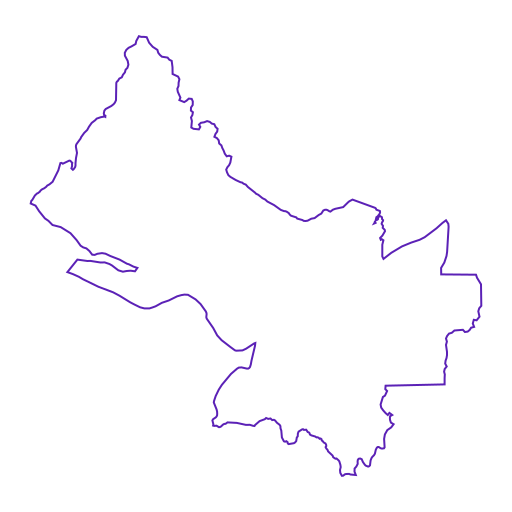 outline of Itacoatiara, Amazonas, Brazil
{"feature_id": "56859067B59595183491019", "entity_name": "Itacoatiara", "entity_type": "district", "adm_level": 2, "iso_a3": "BRA", "parent_name": "Brazil", "parent_adm1": "Amazonas", "projection": "robinson", "projection_center": [-58.817, -3.136], "detail": "fine", "context": "isolated", "style": "outline", "palette": "violet", "viewbox_px": 512, "rotation_deg": 0, "n_neighbors": 0, "source": "geoboundaries", "source_scale": "gbopen_adm2", "svg_char_len": 6021}
<svg xmlns="http://www.w3.org/2000/svg" viewBox="0 0 512 512"><path d="M213.8,402.5L216.6,409.5L217.1,411.6L217.2,413.8L217.1,415.3L216.6,416.4L215.9,417.3L213.1,419.2L212.4,420.4L213.4,424.4L213.1,425.6L214.2,425.9L216.5,425.7L219.0,427.2L220.0,427.0L221.0,426.5L223.0,424.6L224.3,423.9L225.6,423.8L227.5,422.4L236.8,422.9L246.0,424.9L249.8,424.8L253.0,425.8L254.5,426.0L255.1,425.0L259.6,421.1L264.8,419.2L266.1,418.0L268.2,418.9L270.5,418.5L272.2,420.1L273.9,419.8L275.1,420.5L276.9,422.7L279.6,424.8L280.4,426.1L280.5,428.3L281.3,430.6L281.9,437.5L283.9,441.3L285.1,441.7L286.4,441.2L287.6,442.2L287.8,443.5L288.7,444.1L293.9,443.2L295.0,442.5L296.2,441.1L296.8,437.5L297.7,436.4L297.9,433.4L298.6,431.6L302.1,429.4L303.0,429.2L303.9,429.9L306.2,429.7L307.7,432.0L309.0,432.5L309.6,433.3L309.9,434.5L311.4,435.4L315.2,436.5L316.5,437.4L317.6,437.3L318.7,437.8L319.6,438.8L320.6,438.5L321.5,439.2L321.8,440.5L322.9,441.3L323.6,442.4L325.4,443.4L326.1,444.6L326.3,446.0L325.6,447.1L326.3,448.5L327.5,449.8L328.1,451.4L332.6,455.6L333.2,457.2L335.4,458.7L336.5,458.5L338.5,460.3L339.3,461.3L340.4,464.9L340.7,467.1L340.0,470.0L340.3,472.9L341.9,475.8L343.1,475.7L345.1,474.2L346.4,474.0L349.0,473.9L350.5,474.5L355.8,475.0L354.5,471.6L354.6,468.5L356.3,466.6L357.7,463.9L357.6,461.4L357.8,460.0L358.6,458.8L360.1,458.5L361.7,459.2L362.9,462.0L364.8,464.7L365.7,465.6L368.1,466.6L369.2,466.2L370.0,465.3L370.6,460.4L371.5,458.1L372.3,456.9L374.0,455.2L374.9,453.7L375.8,449.7L376.9,447.6L377.8,447.0L378.7,447.0L380.8,448.3L382.0,448.6L384.0,448.3L384.6,447.3L384.1,438.9L384.9,434.4L387.3,430.1L391.2,427.4L393.6,424.2L390.9,422.6L390.0,419.8L389.9,417.8L390.1,416.2L392.2,415.0L389.4,412.9L387.8,415.0L385.7,413.2L383.2,410.4L381.2,407.6L380.6,404.5L382.9,397.0L385.0,395.6L387.1,391.0L385.3,389.1L385.6,385.7L444.6,384.4L444.6,378.1L444.8,374.4L444.1,371.7L444.7,369.0L446.7,366.5L445.2,363.6L445.6,360.6L446.5,358.1L447.0,355.2L447.0,351.9L446.0,344.9L446.9,341.6L446.0,338.5L447.1,336.0L449.0,333.6L451.8,332.8L454.4,330.5L462.9,329.8L464.9,332.0L467.7,331.6L469.7,329.9L471.1,327.7L474.1,326.9L472.8,323.5L473.8,319.8L476.6,320.3L479.5,316.7L478.3,311.3L479.2,308.3L481.3,305.8L481.0,284.3L477.0,277.7L476.0,274.7L441.2,274.4L441.1,267.9L444.3,262.6L446.5,256.0L447.1,252.0L448.6,226.8L448.3,223.8L446.0,220.3L442.4,223.0L436.5,228.3L424.7,237.2L419.6,239.8L411.2,242.6L402.0,246.4L391.3,252.8L383.5,258.9L382.3,256.4L382.3,244.7L383.4,240.3L381.8,239.2L380.8,239.8L380.1,238.0L382.4,235.6L385.0,231.2L384.7,229.8L382.7,227.8L383.0,225.9L381.6,223.8L382.1,222.2L382.8,221.4L383.1,220.2L382.1,219.2L381.9,217.2L379.7,215.8L378.2,217.6L377.9,219.3L376.8,220.0L375.7,220.2L376.4,217.2L377.6,216.4L379.7,213.7L380.1,212.2L379.9,211.0L376.4,209.7L375.8,208.4L375.0,207.8L352.5,199.6L349.3,201.3L348.2,202.2L343.2,207.1L335.3,208.8L332.9,209.7L330.4,211.6L329.4,211.3L327.5,210.1L326.2,209.7L324.9,209.8L323.3,210.5L321.3,213.6L318.7,215.0L314.6,218.1L311.3,218.7L307.6,220.7L305.6,221.0L303.8,220.9L302.3,220.0L297.2,218.6L296.3,217.4L291.0,215.7L289.7,214.5L288.8,213.1L286.7,211.7L285.4,211.2L284.0,211.1L280.8,209.9L274.1,205.1L267.3,201.5L265.3,199.6L262.5,198.2L258.3,194.8L256.0,193.7L255.1,192.7L247.9,187.0L245.8,184.6L243.5,183.7L242.2,182.6L240.4,182.2L235.7,180.0L230.4,176.9L228.4,175.2L227.0,172.3L226.2,169.6L227.4,167.2L229.1,165.2L230.3,162.6L231.4,156.7L229.2,155.7L226.7,156.3L224.8,153.7L223.6,150.5L222.3,148.0L221.4,145.4L219.2,143.5L218.7,140.3L216.9,138.1L214.4,136.8L215.5,133.9L217.2,131.6L217.6,128.8L215.6,127.0L214.3,124.2L211.8,123.6L209.8,121.9L207.1,121.1L204.1,122.3L200.9,122.8L199.0,124.6L200.3,126.9L198.9,129.4L193.5,128.8L191.3,127.5L191.9,121.0L191.0,117.5L192.4,115.0L192.9,112.2L190.9,110.6L191.0,107.5L192.7,105.0L192.8,101.4L191.7,98.9L188.8,98.6L186.5,100.7L184.2,102.1L179.4,100.1L180.4,97.6L177.8,91.8L177.3,88.8L178.5,86.0L178.6,82.7L179.4,79.2L178.1,76.6L172.6,74.0L172.5,67.2L171.7,60.9L169.3,59.7L167.6,57.6L161.9,56.7L159.8,54.8L158.2,52.7L157.4,49.9L152.7,46.8L149.1,42.7L146.7,37.2L144.2,36.9L141.3,36.9L138.9,36.2L136.3,40.9L135.6,44.0L131.3,46.5L128.6,47.8L126.3,49.9L124.8,52.8L124.9,55.7L127.7,60.9L128.4,64.7L127.4,67.9L125.6,69.7L124.9,72.4L123.0,74.7L121.8,77.3L119.3,78.6L117.7,81.1L116.9,81.6L116.3,82.9L116.0,100.2L114.9,102.6L113.6,104.2L111.3,106.0L105.7,109.0L104.4,110.6L103.8,113.3L104.1,114.9L105.4,115.7L105.3,116.9L104.5,116.5L100.8,117.2L96.7,118.6L95.2,120.2L91.7,122.9L89.0,126.7L87.2,130.0L84.2,132.9L81.1,137.2L80.6,138.5L76.5,144.1L76.0,145.3L75.9,146.8L77.0,152.9L76.0,158.0L75.5,163.2L75.5,165.6L75.2,166.9L73.9,168.9L72.9,169.8L71.4,168.4L72.1,166.1L72.0,163.9L72.3,162.9L70.3,160.8L69.3,160.6L62.8,163.7L61.6,162.9L60.4,163.1L58.3,170.4L52.6,181.8L49.4,184.4L47.2,185.6L46.2,186.8L44.2,188.3L42.1,189.3L40.5,190.6L39.9,191.6L38.0,193.1L37.0,193.5L34.9,195.5L32.3,199.9L31.3,200.9L30.7,203.5L35.5,205.6L39.1,211.2L44.9,218.4L48.5,220.9L52.5,225.0L60.7,227.1L70.5,233.2L76.6,240.1L80.6,245.7L83.2,247.4L86.4,248.4L89.4,251.0L92.2,254.7L94.7,254.9L97.3,253.8L102.0,253.1L105.5,253.7L110.3,256.0L119.6,259.6L126.9,263.7L128.9,264.3L133.4,266.6L137.4,267.9L135.0,271.3L130.6,270.7L126.7,271.0L122.9,271.7L118.3,270.3L111.9,265.4L109.4,264.0L104.7,262.4L100.5,262.5L90.4,260.9L87.4,261.0L77.4,259.6L67.4,272.1L72.9,274.1L78.9,276.8L82.9,279.2L98.5,286.8L113.1,292.3L119.5,295.7L130.2,302.3L134.4,304.5L140.1,307.3L144.4,308.4L149.5,308.4L152.3,307.5L155.6,306.3L161.9,302.8L168.7,300.5L177.2,296.3L181.4,295.1L184.5,294.6L188.0,294.8L195.6,299.4L200.6,304.1L205.8,311.4L206.4,312.8L206.6,314.0L206.3,317.2L206.7,318.6L213.2,328.0L217.2,335.4L221.6,340.2L230.4,347.0L234.9,350.3L236.2,350.7L242.5,350.4L246.1,348.7L254.2,343.4L255.3,343.0L255.0,345.8L251.5,360.6L250.8,364.5L250.0,367.0L249.2,368.0L248.2,368.6L246.9,368.6L241.5,367.4L238.8,367.6L237.0,368.7L231.0,373.9L221.9,384.8L218.8,389.6L215.7,396.0L214.0,401.1L213.8,402.5ZM374.9,221.0L375.6,222.9L374.1,223.5L374.8,222.3L374.9,221.0Z" fill="none" stroke="#5b21b6" stroke-width="2"/></svg>